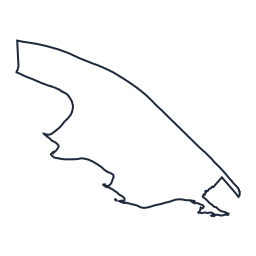 Santa Vitória do Palmar, Rio Grande do Sul, Brazil, rotated 268°
{"feature_id": "56859067B53044633061620", "entity_name": "Santa Vitória do Palmar", "entity_type": "district", "adm_level": 2, "iso_a3": "BRA", "parent_name": "Brazil", "parent_adm1": "Rio Grande do Sul", "projection": "robinson", "projection_center": [-53.104, -33.192], "detail": "fine", "context": "isolated", "style": "outline", "palette": "slate", "viewbox_px": 256, "rotation_deg": 268, "n_neighbors": 0, "source": "geoboundaries", "source_scale": "gbopen_adm2", "svg_char_len": 5670}
<svg xmlns="http://www.w3.org/2000/svg" viewBox="0 0 256 256"><g transform="rotate(268 128 128)"><path d="M55.3,236.0L55.9,236.4L56.5,237.0L57.2,237.2L58.6,237.3L59.3,237.1L59.8,237.5L60.4,237.5L61.4,236.6L62.4,236.8L63.2,236.3L63.9,236.1L64.5,235.6L65.0,235.1L65.7,234.6L68.3,232.2L70.2,230.7L71.2,230.0L71.7,229.5L72.4,229.0L73.5,228.0L76.2,225.9L79.7,223.2L80.6,222.4L81.2,222.0L81.7,221.5L83.1,220.3L85.7,218.1L90.8,213.2L91.2,212.8L92.9,211.5L94.0,210.7L95.7,209.1L96.2,208.6L98.0,207.0L98.4,206.6L98.9,206.2L100.0,205.1L101.0,204.2L102.1,202.9L105.0,199.9L105.6,199.3L106.3,198.6L106.6,198.2L109.3,195.7L116.6,188.8L117.0,188.3L120.3,185.3L127.4,178.5L128.4,177.5L130.5,175.6L131.2,175.0L131.7,174.4L133.2,173.0L135.1,171.1L141.0,165.6L144.6,162.2L148.3,158.4L155.6,151.7L156.2,151.1L157.2,150.2L159.1,148.3L161.4,145.9L164.9,141.9L168.4,137.7L171.8,133.2L174.8,129.1L175.2,128.4L176.0,127.4L176.4,126.8L178.6,123.6L179.5,122.2L182.2,118.2L183.7,115.8L184.5,114.6L185.1,113.3L186.5,110.8L189.9,104.0L190.5,102.6L191.6,100.3L194.2,93.7L195.0,92.1L195.5,91.0L196.2,89.4L197.7,85.8L198.4,84.4L199.0,83.0L199.5,81.9L200.8,79.3L203.9,73.2L205.1,70.7L206.5,67.3L208.5,62.4L209.4,59.9L209.9,58.2L211.6,52.9L212.9,48.8L213.1,47.9L213.9,45.1L214.6,42.2L215.5,38.5L216.8,31.9L217.0,30.5L217.3,29.1L217.5,28.1L217.6,27.3L218.0,25.4L218.6,23.1L218.7,22.4L219.2,20.3L193.4,20.7L192.4,20.3L189.6,19.6L189.2,19.0L187.6,18.5L186.6,20.6L185.7,22.6L184.6,24.4L182.7,28.3L182.5,29.0L182.2,29.5L181.1,32.0L180.5,33.6L180.2,34.4L179.8,35.1L179.6,35.7L179.1,36.5L177.2,40.7L176.8,41.4L176.3,42.4L175.9,43.2L175.1,45.4L174.7,46.3L173.8,48.5L172.5,51.7L172.7,52.3L172.2,52.7L172.0,53.4L171.3,55.1L171.1,55.8L170.7,56.8L170.1,58.0L169.6,58.6L169.4,59.3L169.0,59.8L169.0,60.5L168.4,61.0L168.1,61.5L167.5,62.0L167.3,62.6L166.9,62.9L166.9,63.6L166.6,64.1L166.1,64.2L165.8,65.1L165.3,66.0L165.0,66.5L164.6,67.1L163.9,68.2L163.4,68.6L162.4,69.5L161.9,69.8L161.4,70.3L160.3,70.6L159.6,71.3L159.0,71.6L158.3,71.8L157.7,72.3L156.3,72.9L154.1,73.3L153.7,73.4L152.3,73.8L150.7,73.6L149.9,73.6L146.6,72.8L145.1,72.2L143.9,71.6L142.2,70.4L139.9,68.4L138.7,67.1L137.4,65.6L136.7,64.8L135.4,63.7L133.2,62.0L130.8,59.5L128.5,56.6L127.1,54.7L125.4,52.1L124.9,51.6L124.5,50.8L124.3,50.0L124.1,48.7L124.1,47.8L124.2,47.1L124.4,46.3L125.1,44.4L125.2,43.8L124.6,44.2L122.4,46.7L121.9,47.4L121.5,47.8L120.7,48.9L120.4,49.3L119.6,50.0L119.1,50.5L118.5,51.1L118.0,51.5L117.8,52.0L117.0,53.4L116.0,55.1L115.5,55.7L114.7,56.4L114.2,57.0L113.6,57.4L113.0,57.9L112.3,58.0L111.8,58.0L110.7,57.4L109.6,56.7L108.1,55.5L106.7,53.9L106.8,53.2L106.0,52.7L106.6,52.5L105.4,51.1L104.9,50.4L104.4,50.0L103.4,50.7L102.4,51.7L101.9,52.2L101.5,52.7L101.0,53.7L100.6,54.7L100.2,57.3L99.8,58.4L99.4,60.5L99.2,61.5L99.0,62.8L99.0,63.5L98.9,64.0L98.7,65.6L98.9,66.8L98.9,67.6L98.7,68.3L98.7,69.3L98.7,70.0L98.7,71.1L98.6,71.7L98.7,73.0L98.7,73.6L98.7,74.4L98.6,75.1L98.8,76.9L99.2,79.4L99.4,80.9L99.2,81.5L99.0,82.5L98.9,83.2L98.3,85.7L98.0,86.3L97.9,87.1L97.7,87.6L97.0,89.1L96.5,89.7L96.3,90.3L96.0,91.3L95.5,91.8L94.1,94.3L93.6,94.6L93.3,95.1L92.9,96.0L92.6,96.5L92.1,97.1L90.6,99.2L89.9,100.1L89.0,101.0L88.5,101.5L87.2,102.7L86.6,103.6L86.1,104.1L85.8,104.5L85.6,105.1L85.0,105.6L83.8,108.5L82.1,111.3L81.5,111.8L79.8,111.7L79.2,111.9L77.3,110.9L75.5,110.2L73.2,109.2L72.4,108.4L71.0,106.7L70.7,105.9L70.8,104.8L71.0,103.8L71.5,103.1L72.4,103.2L72.5,102.2L72.3,101.3L71.7,101.4L71.4,102.0L71.0,102.4L70.0,103.9L69.6,105.0L69.4,106.2L68.7,107.7L68.0,108.8L67.0,110.9L66.0,111.8L64.2,114.5L63.6,115.2L62.4,116.2L61.9,116.9L61.2,117.5L61.1,118.1L60.0,119.9L59.4,120.4L58.6,121.4L57.7,122.0L57.1,122.0L56.3,122.0L55.6,121.4L55.5,120.2L55.7,119.1L55.4,117.8L55.2,116.8L54.8,117.8L54.4,118.1L53.6,120.4L53.1,121.5L53.1,122.2L53.7,122.4L53.5,123.2L53.1,124.3L52.7,126.3L52.4,126.8L52.3,127.4L52.0,128.2L51.6,129.1L51.3,130.9L50.4,133.8L49.8,135.2L49.4,135.9L48.9,136.7L48.5,137.5L48.0,139.0L47.7,140.3L47.6,141.2L47.6,142.1L47.9,143.9L48.0,145.5L48.5,147.3L48.7,147.9L48.8,148.6L49.6,151.3L49.7,151.9L49.9,152.7L50.4,155.3L50.7,157.1L51.0,158.9L51.7,161.3L52.1,162.7L52.5,165.0L52.7,165.9L53.1,167.7L53.3,168.3L53.7,169.7L54.4,171.8L54.8,174.1L55.0,176.3L54.8,178.0L54.8,179.1L54.6,179.9L54.5,180.6L54.4,181.2L54.2,181.9L53.9,182.4L53.9,183.5L53.7,184.3L53.7,186.1L53.6,187.4L53.3,187.9L53.4,188.6L52.9,190.5L52.9,191.4L52.5,192.0L51.8,191.6L51.5,190.8L51.5,190.1L50.7,191.3L50.5,192.4L50.6,193.6L50.5,194.6L50.3,195.4L50.0,196.1L49.5,196.6L49.3,197.3L49.1,198.1L48.6,198.9L48.3,199.8L48.0,200.2L47.1,200.9L46.4,200.9L45.9,200.6L45.0,199.2L45.5,198.8L45.3,198.2L45.7,197.8L42.7,197.0L41.8,196.4L41.5,195.9L41.4,195.2L41.5,194.6L40.8,195.6L40.7,196.2L40.9,196.9L40.3,198.8L40.5,199.6L40.9,201.6L40.8,202.7L40.3,204.3L40.2,205.0L40.5,206.2L40.7,207.6L40.7,208.3L40.2,209.1L39.8,209.7L39.1,211.0L38.2,211.3L37.8,210.7L37.9,209.0L37.6,208.2L37.0,208.6L37.4,209.5L37.2,210.1L36.8,210.6L37.1,211.2L37.4,211.6L37.9,212.1L38.1,212.7L38.4,213.1L38.0,214.5L38.0,215.1L38.0,215.8L37.7,216.3L37.5,217.1L37.2,217.7L37.3,218.3L37.5,219.0L37.4,219.6L37.6,220.9L38.1,221.5L38.1,222.2L38.5,222.6L37.9,223.2L37.7,223.9L37.8,225.2L38.9,225.5L39.1,224.8L39.6,223.7L40.1,222.9L40.7,221.8L40.9,221.1L41.1,219.7L41.9,217.7L43.0,216.2L44.0,215.0L45.6,213.6L46.0,212.8L46.3,211.3L46.9,210.5L48.1,209.7L49.1,208.2L50.3,206.8L50.7,206.4L52.9,204.5L54.0,203.5L56.1,201.0L56.8,200.3L58.9,201.3L58.5,202.3L61.2,203.7L61.6,203.0L62.5,203.4L62.1,205.3L64.2,206.9L64.6,208.2L66.4,210.0L65.9,211.1L75.4,220.1L60.1,232.5L55.3,236.0ZM56.6,113.5L57.2,113.1L57.2,111.9L56.6,113.0L56.1,113.3L56.0,114.5L56.6,113.5Z" fill="none" stroke="#1e293b" stroke-width="2"/></g></svg>